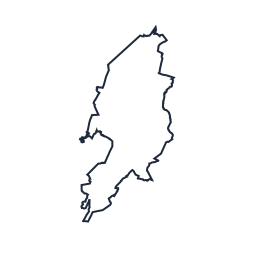 outline of Malinalco, México, Mexico, rotated 204°
{"feature_id": "50627088B13074792660902", "entity_name": "Malinalco", "entity_type": "district", "adm_level": 2, "iso_a3": "MEX", "parent_name": "Mexico", "parent_adm1": "México", "projection": "albers", "projection_center": [-99.486, 18.894], "detail": "fine", "context": "isolated", "style": "outline", "palette": "slate", "viewbox_px": 256, "rotation_deg": 204, "n_neighbors": 0, "source": "geoboundaries", "source_scale": "gbopen_adm2", "svg_char_len": 5786}
<svg xmlns="http://www.w3.org/2000/svg" viewBox="0 0 256 256"><g transform="rotate(204 128 128)"><path d="M131.1,24.7L130.7,24.7L130.4,25.0L129.8,25.3L126.5,26.3L126.1,32.6L126.1,36.8L117.7,42.7L113.0,50.5L112.9,52.1L113.5,53.0L114.7,53.4L114.9,53.8L116.9,55.6L116.6,56.4L116.0,57.1L115.9,57.5L115.4,58.4L115.3,58.9L114.5,60.0L114.1,60.4L113.9,60.3L113.8,60.5L113.7,60.3L113.3,60.5L112.9,60.3L112.6,61.9L112.6,62.7L112.5,63.0L112.3,64.0L112.2,65.3L112.3,65.4L112.0,65.8L112.3,66.6L112.2,67.1L112.3,67.3L112.1,68.0L112.4,68.1L112.6,69.0L115.0,68.0L115.3,69.1L114.6,71.5L113.0,75.6L113.0,76.8L112.5,77.1L112.5,78.4L111.8,80.2L110.7,81.2L110.4,81.9L109.7,82.6L109.8,82.6L110.1,83.3L108.8,85.3L108.5,87.7L107.0,91.3L105.8,91.2L102.1,88.5L98.7,88.5L98.4,85.9L95.6,86.7L94.5,86.8L93.6,87.2L92.7,86.7L92.2,86.7L91.7,86.9L90.7,87.7L89.9,87.9L89.5,87.8L89.3,87.6L89.0,87.6L88.5,88.3L88.4,88.7L88.5,88.9L88.3,89.1L86.7,90.8L86.6,90.7L86.4,90.5L86.4,90.4L86.1,90.2L85.8,90.3L85.6,90.1L84.8,90.2L91.8,95.9L93.3,96.7L94.1,99.6L93.4,102.3L94.1,104.2L93.0,104.9L92.1,106.3L90.2,107.4L89.0,108.3L88.2,109.8L87.9,110.0L87.3,110.0L87.1,110.2L87.1,110.5L87.7,110.6L91.5,110.8L87.4,118.0L87.4,130.4L86.4,131.5L85.4,131.7L83.0,135.9L83.9,136.7L83.9,138.7L84.1,139.7L84.2,139.9L85.8,141.0L86.2,140.9L86.9,141.1L88.1,141.3L88.9,142.1L89.4,142.1L89.9,142.5L90.1,142.9L90.5,142.9L91.3,144.0L91.4,144.4L91.3,144.6L91.6,145.2L91.5,146.0L91.4,146.6L91.4,149.3L91.2,150.5L91.6,151.2L91.7,151.3L91.8,151.6L92.2,151.8L92.4,152.3L92.4,152.9L92.8,153.1L93.2,153.9L93.7,154.0L93.8,154.7L94.6,155.8L94.5,156.1L95.0,156.8L95.5,157.3L96.4,158.0L96.6,158.5L96.8,158.5L97.2,159.0L100.3,160.0L101.0,159.7L102.0,159.6L102.5,160.0L102.9,159.9L103.3,160.0L103.4,160.6L104.0,161.1L104.3,161.0L104.5,161.1L104.8,161.6L105.1,162.8L105.7,164.0L105.7,164.8L106.1,165.0L106.2,165.7L106.6,166.3L106.4,166.9L106.5,167.1L106.8,167.3L106.9,169.2L107.3,170.7L107.6,171.6L107.9,171.9L108.1,172.4L108.2,173.1L108.7,173.5L108.9,173.9L108.8,174.1L108.4,174.2L108.3,174.3L108.3,174.6L108.6,174.7L108.9,175.1L108.9,175.5L108.0,175.7L107.8,176.0L108.0,176.2L108.0,176.5L107.7,176.8L107.7,177.3L107.9,178.0L108.2,178.1L108.3,178.3L107.9,178.7L107.8,179.0L107.8,179.6L107.4,180.3L106.7,181.2L106.6,181.7L106.6,182.3L106.3,182.8L105.9,183.1L105.1,183.4L105.1,184.8L105.3,185.3L106.2,186.2L106.0,186.9L105.6,187.4L105.5,187.7L106.0,188.3L106.2,188.8L106.1,189.6L106.7,190.2L107.4,190.5L107.8,190.5L107.6,190.7L107.7,190.8L107.1,191.5L106.7,192.6L114.2,191.8L118.2,190.8L121.9,190.6L122.2,190.7L121.8,191.6L122.7,194.5L124.0,200.7L124.8,205.5L125.9,206.3L126.5,207.5L126.5,208.9L126.8,208.9L126.8,210.1L132.0,210.4L133.0,214.2L133.4,215.0L133.3,216.0L132.8,217.7L131.2,220.1L129.8,221.8L129.1,222.2L128.3,223.9L134.4,227.2L136.3,225.9L136.3,225.5L136.4,225.4L136.4,224.8L139.6,225.8L139.8,225.6L141.1,225.3L142.0,224.8L141.8,226.7L141.9,227.2L142.8,227.9L142.3,228.6L142.2,228.9L143.8,231.3L144.7,226.6L144.3,226.8L144.3,227.3L144.2,226.9L143.9,226.7L143.8,225.9L144.1,225.8L144.0,225.6L144.2,225.2L144.8,225.4L145.8,221.4L146.6,220.7L147.5,220.5L147.9,219.9L148.8,219.3L149.6,219.5L150.6,219.1L151.2,219.4L151.2,218.8L151.0,218.0L152.3,217.6L154.5,217.4L172.0,177.6L171.0,176.5L171.0,176.0L169.0,173.0L168.9,165.9L167.6,157.6L167.5,154.4L168.7,154.2L170.4,153.5L172.3,153.2L172.7,153.0L173.0,152.6L173.0,152.3L172.7,151.9L172.0,151.3L172.4,150.5L171.8,149.6L170.7,148.9L168.4,148.5L168.8,146.1L169.3,140.3L169.6,139.9L169.5,139.6L169.7,138.2L169.5,136.7L167.7,135.7L167.8,135.1L167.4,134.3L160.4,128.1L166.2,125.1L165.9,122.4L166.0,120.6L165.6,117.6L163.6,108.7L164.0,107.6L163.8,107.5L163.8,107.3L163.5,107.3L163.3,107.1L162.7,107.2L162.1,107.1L162.1,107.4L161.6,107.3L161.7,107.0L161.4,106.3L161.4,106.0L161.4,105.8L161.7,105.8L162.2,105.7L162.4,105.9L162.7,105.7L162.9,105.6L162.9,104.8L162.8,104.5L162.9,104.2L162.8,103.8L162.7,103.6L162.4,103.6L163.8,101.6L164.6,101.0L165.3,101.2L165.5,100.6L166.3,100.6L166.4,100.1L165.8,99.9L165.9,99.6L166.1,99.7L166.1,99.2L166.3,98.8L166.9,98.5L167.3,98.5L167.3,98.1L166.8,98.0L166.3,98.4L165.8,98.5L165.4,97.1L164.8,96.2L164.7,96.2L163.9,96.3L162.7,97.4L163.1,98.2L163.8,98.3L164.1,98.5L164.2,99.2L164.7,99.5L164.9,99.8L165.0,100.3L164.4,100.5L164.2,100.5L163.8,100.9L163.4,101.0L162.7,101.6L162.4,102.3L162.4,102.6L162.1,103.3L161.8,103.3L161.3,104.0L160.4,104.7L159.5,104.9L158.3,104.6L156.7,103.9L156.6,108.7L155.5,109.7L155.7,113.2L155.2,112.6L155.0,112.1L154.8,112.0L153.4,113.0L152.3,113.5L152.2,113.1L152.0,112.9L151.1,113.4L150.9,113.4L150.8,113.0L150.7,111.9L150.2,111.6L149.7,110.9L149.1,110.7L148.4,111.1L148.1,111.0L148.0,111.4L147.2,111.2L147.6,110.8L147.1,110.7L145.7,110.8L145.2,111.0L144.6,111.1L141.9,110.8L141.5,110.7L141.1,110.6L140.6,110.8L140.3,110.7L140.1,110.3L138.7,110.2L137.1,109.6L136.8,109.3L136.5,108.8L136.0,107.4L135.2,105.8L134.8,104.6L135.1,99.1L135.0,95.0L135.1,93.0L135.0,90.8L135.1,88.8L134.9,88.3L135.1,87.6L135.0,87.4L135.3,87.0L135.2,86.8L135.5,86.7L135.6,86.3L135.9,86.1L136.3,86.1L136.4,85.9L136.8,85.7L137.6,85.8L138.8,84.3L140.7,83.3L146.2,68.8L144.2,68.3L142.1,66.4L142.4,66.3L142.0,64.1L140.4,63.8L140.3,61.7L147.2,57.0L144.8,51.9L144.4,51.8L144.0,51.4L142.9,51.3L142.4,50.9L141.3,50.5L141.1,50.5L140.5,50.8L140.1,51.0L139.5,51.1L137.5,50.8L137.7,49.5L137.3,48.4L136.9,47.7L137.4,45.9L136.9,43.4L138.0,43.2L138.3,42.9L138.7,42.4L139.2,42.0L139.4,41.4L139.3,41.0L138.8,40.5L138.4,40.3L138.4,40.1L138.0,39.8L138.4,39.2L138.4,38.5L138.7,37.9L138.7,37.6L138.4,37.0L137.6,36.2L137.2,36.5L136.9,36.5L136.6,36.6L135.4,36.5L134.2,37.5L134.0,37.9L134.0,39.1L134.2,40.1L134.0,41.4L134.1,42.6L133.9,43.4L133.9,44.8L134.2,46.3L133.8,46.5L131.4,40.7L130.8,40.0L130.9,37.7L129.7,35.8L130.5,31.7L130.7,28.3L131.1,24.7Z" fill="none" stroke="#1e293b" stroke-width="2"/></g></svg>